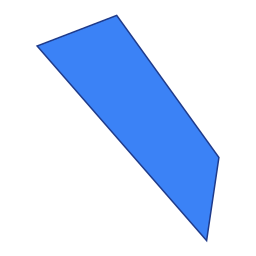 map outline of Ewa (Albers equal-area conic projection)
{"feature_id": "NRU-4977", "entity_name": "Ewa", "entity_type": "state/province", "adm_level": 1, "iso_a3": "NRU", "parent_name": "Nauru", "parent_adm1": "", "projection": "albers", "projection_center": [166.932, -0.502], "detail": "fine", "context": "isolated", "style": "filled", "palette": "blue", "viewbox_px": 256, "rotation_deg": 0, "n_neighbors": 0, "source": "natural_earth", "source_scale": "10m", "svg_char_len": 187}
<svg xmlns="http://www.w3.org/2000/svg" viewBox="0 0 256 256"><path d="M37.1,46.0L116.7,15.4L218.9,157.5L206.6,240.6L37.1,46.0Z" fill="#3b82f6" stroke="#1e3a8a" stroke-width="1.5"/></svg>